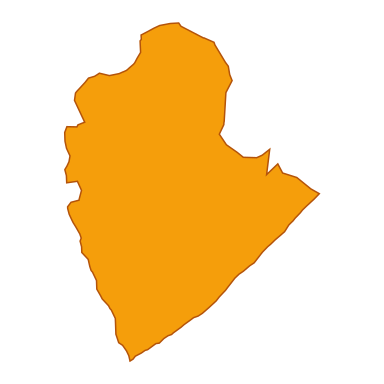 Langtang South, Plateau, Nigeria
{"feature_id": "59680162B99351931357354", "entity_name": "Langtang South", "entity_type": "district", "adm_level": 2, "iso_a3": "NGA", "parent_name": "Nigeria", "parent_adm1": "Plateau", "projection": "natural_earth1", "projection_center": [9.811, 8.594], "detail": "fine", "context": "isolated", "style": "filled", "palette": "amber", "viewbox_px": 384, "rotation_deg": 0, "n_neighbors": 0, "source": "geoboundaries", "source_scale": "gbopen_adm2", "svg_char_len": 1957}
<svg xmlns="http://www.w3.org/2000/svg" viewBox="0 0 384 384"><path d="M319.3,193.7L310.7,188.8L296.8,177.5L282.6,173.0L277.8,163.9L266.6,174.6L269.7,149.3L262.2,155.2L256.7,157.7L243.3,157.3L237.1,152.3L226.4,144.8L219.3,134.2L223.8,124.7L223.9,122.8L224.2,121.3L225.9,92.6L232.1,80.6L229.7,74.6L228.3,66.3L225.3,62.2L214.9,44.9L214.0,42.3L204.0,37.9L203.5,38.0L181.0,26.3L178.7,23.0L170.2,23.5L159.7,25.5L153.9,28.2L146.5,32.2L141.1,35.0L141.3,39.4L140.1,40.9L140.1,41.1L140.2,43.8L140.4,48.1L140.6,52.4L137.1,58.3L134.8,62.7L133.6,64.2L130.0,67.3L126.5,70.4L123.4,71.8L123.0,71.9L119.2,73.6L109.4,75.6L104.4,74.4L99.4,73.2L97.0,74.8L94.6,76.3L88.5,78.1L84.9,82.6L76.6,91.6L75.5,93.1L74.5,100.4L84.7,122.2L78.0,124.8L76.9,126.9L66.9,126.7L64.7,132.5L65.0,141.2L66.5,148.3L70.0,155.9L69.0,161.7L67.0,166.0L64.9,169.5L64.9,169.9L66.4,175.6L66.7,182.8L77.4,181.3L81.5,190.4L79.3,198.7L79.0,200.2L71.0,202.3L67.6,206.8L67.7,208.6L69.2,214.3L71.8,219.9L73.2,222.7L75.8,226.9L79.8,233.9L81.2,238.1L80.1,241.1L81.6,246.8L81.8,252.5L88.2,259.4L89.8,266.5L91.1,270.5L92.5,272.1L96.5,280.5L96.8,289.1L100.8,296.1L102.2,298.9L104.8,301.7L108.6,305.8L110.0,308.6L111.3,310.0L115.3,318.4L115.5,322.7L115.7,328.4L115.9,334.2L117.3,338.4L118.7,342.7L122.6,345.3L126.5,350.9L128.8,355.7L130.0,361.0L133.0,359.2L135.3,356.2L141.4,353.0L145.1,350.4L147.6,349.7L155.9,343.6L159.3,343.1L163.9,338.5L168.1,335.7L171.6,334.5L173.4,332.8L178.5,329.1L181.0,327.3L184.1,324.6L190.2,320.2L193.7,317.6L198.1,316.1L202.4,313.3L208.7,307.8L210.0,306.6L215.1,301.9L216.1,301.0L219.2,297.0L225.6,290.2L227.6,287.5L231.8,282.1L234.9,278.1L239.2,274.0L240.3,273.3L243.4,271.2L249.8,265.7L253.9,263.0L254.1,262.9L256.2,260.2L259.3,256.2L262.4,252.2L267.7,246.7L270.9,244.0L275.1,239.9L281.5,234.4L284.6,231.7L288.8,225.0L291.2,222.6L293.0,220.9L295.1,218.2L300.3,212.8L302.4,210.1L306.6,206.0L314.0,199.2L319.3,193.7L319.3,193.7Z" fill="#f59e0b" stroke="#b45309" stroke-width="1.5"/></svg>